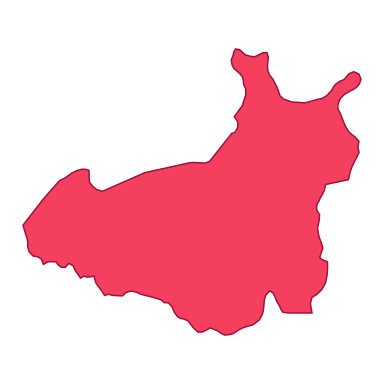 the district of Sertãozinho, São Paulo, Brazil
{"feature_id": "56859067B35864980054288", "entity_name": "Sertãozinho", "entity_type": "district", "adm_level": 2, "iso_a3": "BRA", "parent_name": "Brazil", "parent_adm1": "São Paulo", "projection": "natural_earth1", "projection_center": [-47.996, -21.105], "detail": "fine", "context": "isolated", "style": "filled", "palette": "rose", "viewbox_px": 384, "rotation_deg": 0, "n_neighbors": 0, "source": "geoboundaries", "source_scale": "gbopen_adm2", "svg_char_len": 2681}
<svg xmlns="http://www.w3.org/2000/svg" viewBox="0 0 384 384"><path d="M177.1,316.2L180.3,318.4L183.4,318.9L188.0,320.8L190.5,324.1L192.6,326.9L195.4,329.7L197.8,332.0L201.7,332.1L205.7,330.5L210.1,327.9L214.3,329.5L217.3,330.7L220.4,332.9L224.5,335.1L228.9,334.7L232.9,333.8L238.1,330.3L242.6,327.9L247.9,326.2L252.4,325.1L255.8,322.7L259.4,319.8L262.2,314.8L263.3,310.6L263.9,305.2L264.3,300.2L265.7,295.3L269.9,290.7L273.5,293.6L275.1,297.1L276.7,301.2L279.3,305.7L280.8,309.0L282.9,312.2L286.7,312.8L291.0,313.0L305.1,313.0L312.0,313.0L311.1,307.8L310.4,303.5L311.9,297.5L316.9,294.3L321.7,289.7L325.4,283.2L326.9,276.3L327.4,271.5L327.6,266.4L327.4,261.6L323.4,260.3L319.7,257.8L321.1,252.9L322.9,248.1L321.7,243.8L319.7,238.6L318.2,233.4L317.6,227.9L319.1,220.8L319.6,214.8L316.7,210.0L316.7,205.3L318.7,201.5L320.2,198.1L322.5,194.2L324.4,190.0L325.6,184.5L348.4,179.7L349.4,175.6L350.2,171.6L352.1,166.6L354.4,161.8L356.8,157.1L359.1,152.3L357.9,147.8L358.9,141.3L354.9,136.8L352.1,134.8L348.6,131.6L345.4,126.2L342.7,119.8L340.4,113.6L338.0,109.1L337.8,105.3L339.5,100.1L341.5,97.2L345.0,94.0L349.9,91.2L354.1,89.0L356.8,87.0L359.3,84.0L361.0,79.4L359.0,74.1L353.8,71.7L349.2,73.6L346.6,76.5L344.4,79.4L339.5,81.4L335.8,84.1L333.6,86.8L331.6,90.4L326.5,95.9L321.6,98.6L316.9,99.5L311.8,101.0L306.5,102.5L303.1,102.8L298.3,102.3L295.1,102.3L291.2,101.8L287.1,100.3L283.5,99.1L280.0,95.8L278.2,90.2L276.4,86.0L272.8,79.0L269.6,75.2L267.8,70.6L267.5,65.1L267.9,61.1L268.4,57.5L266.9,52.5L263.0,52.7L259.0,54.7L254.7,56.8L250.5,56.3L245.6,55.0L242.9,52.7L239.8,49.8L235.5,48.9L233.7,52.3L232.9,55.9L231.2,60.1L232.1,64.9L233.9,68.5L239.4,73.2L242.3,76.6L243.4,80.6L243.5,84.2L245.6,88.4L245.8,94.8L244.1,99.9L242.1,106.1L239.4,109.5L236.7,113.5L234.3,116.5L237.9,122.2L237.6,127.8L234.7,132.6L231.7,133.4L212.7,157.5L209.6,161.3L205.1,163.1L200.2,162.8L194.2,162.5L189.8,162.7L144.9,172.6L102.5,191.3L96.7,189.6L92.7,186.2L89.4,182.2L89.1,174.2L89.0,170.3L85.5,169.3L82.0,169.2L76.5,170.7L71.6,173.2L67.7,176.0L64.4,178.3L59.3,180.8L43.4,198.9L23.0,225.2L25.4,233.4L27.2,238.7L27.7,242.9L27.7,246.7L29.1,251.8L33.1,256.0L38.1,256.9L41.5,259.2L43.4,264.4L48.0,261.8L53.0,261.7L56.2,262.0L58.4,265.2L61.2,267.2L65.2,267.4L68.9,263.4L73.1,265.8L75.5,271.1L78.2,274.6L80.5,278.1L83.7,276.2L87.2,277.1L90.9,276.8L93.9,276.0L95.0,279.9L96.1,283.3L98.3,286.3L100.3,289.1L102.5,291.9L104.5,295.5L108.5,294.3L112.7,295.4L117.6,295.7L122.4,295.9L126.1,292.5L130.0,291.3L133.2,291.3L137.2,292.5L141.0,294.3L145.7,295.5L150.6,296.7L154.4,297.8L157.6,298.7L160.9,299.7L164.1,302.6L168.5,302.9L172.4,307.4L174.3,312.2L177.1,316.2Z" fill="#f43f5e" stroke="#9f1239" stroke-width="1.5"/></svg>